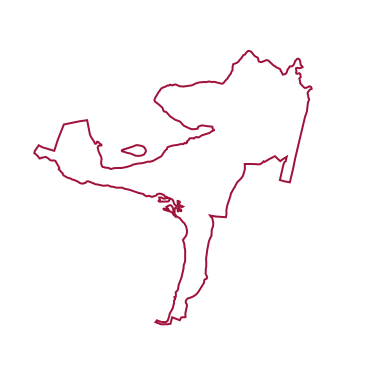 the district of Port Vila, Shefa, Vanuatu, rotated 75°
{"feature_id": "77236927B39670792397739", "entity_name": "Port Vila", "entity_type": "district", "adm_level": 2, "iso_a3": "VUT", "parent_name": "Vanuatu", "parent_adm1": "Shefa", "projection": "orthographic", "projection_center": [168.318, -17.732], "detail": "fine", "context": "isolated", "style": "outline", "palette": "rose", "viewbox_px": 384, "rotation_deg": 75, "n_neighbors": 0, "source": "geoboundaries", "source_scale": "gbopen_adm2", "svg_char_len": 5981}
<svg xmlns="http://www.w3.org/2000/svg" viewBox="0 0 384 384"><g transform="rotate(75 192 192)"><path d="M125.5,54.2L123.6,51.5L123.3,49.7L121.5,49.7L120.6,50.6L120.3,51.4L120.8,53.4L120.8,55.7L120.5,56.3L119.2,57.2L115.2,59.3L114.5,59.4L113.5,58.9L110.2,59.0L108.9,57.1L106.1,56.9L105.0,57.7L105.1,59.7L104.6,60.5L104.3,60.6L103.4,60.5L102.1,59.7L100.5,59.8L99.6,59.6L99.2,59.2L99.3,58.2L100.2,56.4L100.3,53.9L99.9,52.8L97.1,54.1L94.1,53.7L91.8,53.8L90.6,55.1L90.6,55.9L92.3,58.6L94.5,60.0L95.8,61.4L96.4,62.4L96.4,63.5L96.0,64.6L96.2,65.4L97.2,66.1L98.4,68.0L100.8,69.4L102.0,70.7L102.2,71.4L102.1,73.9L98.9,74.5L98.1,75.0L97.0,74.9L95.8,75.3L93.2,78.5L91.7,79.4L90.7,80.6L85.6,83.7L84.3,84.9L83.9,85.8L84.5,91.1L84.0,92.6L83.2,93.6L81.9,93.8L80.0,93.6L79.0,94.0L77.8,95.4L76.3,96.6L71.9,98.4L70.5,100.3L70.3,101.3L71.2,103.3L72.9,105.2L73.1,106.9L76.2,110.7L76.5,111.5L78.2,113.5L78.9,115.6L79.2,119.1L81.6,120.4L84.9,121.4L85.9,122.6L87.8,124.0L90.1,126.9L91.6,128.3L93.2,131.2L94.4,132.6L95.2,134.0L95.0,135.4L91.4,141.9L90.8,144.5L89.6,147.2L89.6,149.7L88.8,152.3L88.0,156.9L88.2,161.3L88.7,162.7L88.9,165.0L87.9,173.1L86.5,176.9L85.3,178.1L83.8,180.2L83.7,182.2L84.0,183.4L82.8,185.1L82.7,185.7L83.2,186.5L82.8,187.7L82.9,188.6L83.2,189.7L83.8,194.3L85.0,196.2L86.2,197.3L86.7,198.3L89.7,201.2L90.3,202.1L93.3,204.5L94.5,204.4L95.3,204.2L98.0,202.0L102.6,199.0L103.7,198.6L105.4,198.6L107.0,198.2L107.6,196.8L108.4,196.0L113.3,193.5L117.9,189.5L121.0,185.2L125.7,182.9L130.1,177.8L131.2,176.1L131.8,174.1L132.3,170.1L130.9,169.4L130.5,168.5L130.2,165.9L130.5,164.3L132.4,160.2L134.0,155.8L134.4,155.4L136.0,155.7L137.1,155.3L137.5,154.7L138.1,154.8L138.4,157.0L139.5,159.9L139.8,167.7L140.9,171.1L140.9,172.0L140.3,172.8L140.0,173.8L140.3,175.4L140.8,175.9L140.8,176.3L140.0,178.0L139.6,180.5L141.0,181.9L141.8,183.8L142.8,183.8L143.4,184.8L143.4,185.4L142.7,186.2L142.7,186.7L143.4,187.7L143.4,188.7L142.8,189.8L142.8,193.4L142.1,198.9L142.3,203.2L142.6,204.4L144.1,205.1L144.6,206.4L145.6,207.9L149.5,212.3L151.9,221.7L151.8,223.5L152.0,224.8L151.3,226.4L151.3,232.3L150.5,237.4L150.3,242.4L150.8,243.6L150.9,248.8L150.6,253.6L148.8,260.8L148.8,264.5L147.1,266.4L146.2,269.0L145.7,270.0L145.1,270.6L144.9,271.6L144.6,271.9L143.5,272.3L141.4,272.4L140.4,272.3L136.6,270.8L134.4,270.6L132.1,271.2L128.3,271.7L124.6,271.6L123.2,270.4L123.5,267.7L123.5,267.4L122.7,267.3L121.8,268.3L119.6,269.5L119.0,270.1L119.0,270.9L120.4,271.8L120.4,272.9L120.0,273.3L118.4,273.4L112.3,275.4L110.0,275.7L95.5,274.7L94.6,282.2L93.6,298.3L107.1,308.3L116.6,314.4L109.9,325.2L107.2,327.9L111.7,333.2L113.6,334.3L115.2,333.0L117.7,331.5L120.1,330.7L120.3,329.6L119.8,328.6L120.3,327.4L120.1,326.7L120.2,324.4L121.4,322.9L124.5,320.7L125.2,319.7L125.8,317.1L126.6,315.9L134.3,313.9L135.0,314.1L135.2,314.7L135.6,314.9L137.6,313.6L139.5,312.9L140.2,312.1L141.8,312.2L143.3,311.3L146.2,308.2L147.4,305.9L149.0,304.5L149.6,303.1L151.4,300.8L152.7,299.3L154.2,298.1L155.1,296.8L155.8,294.6L155.5,293.7L155.6,292.5L154.6,291.0L154.7,289.7L156.0,287.7L157.7,285.6L158.3,284.4L159.0,284.1L159.4,283.5L160.3,281.3L163.0,276.1L163.9,271.4L165.9,268.8L166.4,267.1L168.2,264.1L169.8,258.1L171.2,256.6L173.7,251.8L179.1,243.8L181.2,239.8L181.6,239.3L182.5,239.0L184.5,236.8L184.4,234.8L186.4,231.9L186.1,227.2L185.0,226.0L185.2,223.6L186.2,221.7L188.1,219.7L189.2,219.3L190.4,217.5L191.3,217.0L192.2,215.1L194.3,212.9L195.5,212.4L198.4,212.3L199.9,211.8L200.8,211.3L201.8,209.9L201.6,209.3L196.9,208.2L196.9,207.8L198.2,206.4L198.9,206.4L199.4,207.5L200.6,207.7L201.5,207.3L203.8,204.4L204.1,205.3L203.1,207.0L203.1,207.9L203.5,208.6L204.5,208.9L206.3,207.1L207.0,207.1L207.6,207.4L207.5,208.0L206.5,208.9L206.6,209.5L207.1,210.2L207.0,210.7L204.4,210.3L203.9,210.5L203.0,211.8L203.1,212.4L203.6,213.0L207.8,214.3L208.6,214.4L211.7,213.2L214.0,210.6L218.9,208.5L220.0,207.5L224.1,206.6L228.2,206.8L229.9,207.3L232.7,209.0L236.0,213.2L240.3,212.9L243.3,213.5L246.7,213.7L257.2,216.6L260.5,218.9L264.0,220.1L272.2,224.5L278.0,228.8L282.4,230.7L283.5,231.7L284.5,233.6L288.7,234.6L289.1,234.9L289.0,236.2L289.8,236.2L290.2,235.8L291.0,236.0L292.4,237.5L294.6,238.1L299.3,240.7L303.8,245.0L306.8,246.6L309.9,248.7L310.8,250.4L310.8,251.4L310.0,254.1L308.8,256.5L306.9,259.1L308.3,260.9L311.8,256.1L313.4,250.0L313.7,246.9L307.9,243.6L312.7,237.0L310.5,235.0L310.5,233.5L311.0,232.1L311.2,230.7L307.5,229.8L300.4,226.2L299.1,226.1L297.6,226.6L295.8,226.3L294.6,225.2L293.6,223.5L293.8,222.4L293.2,217.8L292.0,214.4L290.3,211.9L282.9,204.0L280.3,202.9L279.7,202.1L279.6,200.5L278.5,199.5L277.3,199.5L274.3,200.0L271.8,199.1L270.3,198.8L268.1,197.7L264.0,196.5L260.2,195.7L251.5,192.1L244.0,188.4L241.3,186.4L239.5,184.6L233.6,182.7L231.1,180.9L229.1,180.0L227.0,179.4L222.6,179.2L221.1,180.0L219.4,180.6L221.9,175.2L225.1,165.8L222.8,164.6L218.5,163.5L214.4,161.6L205.6,155.8L203.7,154.9L198.9,150.3L198.3,149.3L197.0,148.4L194.3,145.8L191.9,141.5L189.7,138.7L183.7,135.0L178.6,133.8L180.9,125.4L182.6,120.2L182.7,118.8L182.0,116.4L180.9,115.0L181.7,114.1L180.2,108.7L178.9,102.6L185.0,98.8L183.7,95.4L182.5,91.4L186.6,93.6L187.1,95.0L189.2,96.6L203.2,104.0L205.9,99.4L208.0,95.0L195.1,88.0L186.7,83.9L148.9,63.5L144.0,60.2L135.5,56.8L132.8,54.8L130.7,55.2L128.8,54.8L126.8,54.9L125.5,54.2ZM132.8,237.5L133.3,248.4L134.0,249.2L134.7,249.0L135.6,247.1L137.2,244.9L139.0,241.3L142.3,237.1L143.1,234.9L143.6,232.6L143.6,229.9L143.3,228.5L141.0,226.1L140.2,225.8L138.5,225.9L136.7,226.5L135.6,227.2L134.3,229.0L132.5,232.8L132.4,234.8L132.8,237.5ZM210.3,215.0L206.6,215.1L203.2,214.5L201.6,214.7L199.5,215.7L199.0,217.2L199.7,220.6L200.8,220.4L201.8,219.5L202.9,219.2L202.7,220.0L200.7,223.5L200.9,223.9L201.7,223.7L202.4,222.8L205.1,218.3L206.2,216.9L206.9,216.4L209.2,215.7L210.3,215.0ZM191.2,221.0L189.3,223.1L188.9,225.1L191.2,225.0L191.6,226.3L192.1,226.6L192.9,225.9L195.0,217.6L194.3,216.2L193.0,215.2L192.0,216.3L191.3,217.6L191.4,218.7L191.2,221.0Z" fill="none" stroke="#9f1239" stroke-width="2"/></g></svg>